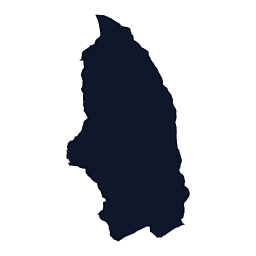 Pesceana, Vâlcea, Romania
{"feature_id": "2599482B54913622805817", "entity_name": "Pesceana", "entity_type": "district", "adm_level": 2, "iso_a3": "ROU", "parent_name": "Romania", "parent_adm1": "Vâlcea", "projection": "robinson", "projection_center": [24.119, 44.892], "detail": "fine", "context": "isolated", "style": "filled", "palette": "ink", "viewbox_px": 256, "rotation_deg": 0, "n_neighbors": 0, "source": "geoboundaries", "source_scale": "gbopen_adm2", "svg_char_len": 5646}
<svg xmlns="http://www.w3.org/2000/svg" viewBox="0 0 256 256"><path d="M183.2,224.2L182.4,223.7L181.7,222.8L181.2,221.9L180.9,220.9L180.3,220.1L180.3,219.2L180.7,218.4L182.2,217.8L182.6,217.2L182.6,216.6L183.0,216.0L183.1,213.9L183.8,212.3L183.8,208.1L183.7,207.4L183.3,206.4L183.1,205.4L183.1,204.8L183.4,203.1L184.0,202.0L186.2,199.7L187.2,197.5L188.5,196.3L188.6,195.9L188.9,194.5L188.9,192.7L187.6,189.0L186.4,188.3L185.4,187.1L183.9,186.2L183.6,185.9L183.6,185.5L183.9,184.2L183.8,183.0L184.1,182.5L184.3,181.9L184.2,180.7L183.7,179.1L183.6,177.9L182.7,175.6L181.6,174.7L180.2,173.8L179.6,173.0L178.6,171.1L178.6,169.8L178.7,169.2L179.4,168.0L180.2,163.6L180.5,162.7L181.1,161.6L181.1,160.7L181.0,159.5L180.7,158.3L180.2,157.7L180.2,156.4L179.8,155.2L179.4,154.3L179.2,153.7L178.9,153.3L178.7,151.1L178.3,150.3L177.6,149.5L176.8,148.0L176.7,145.8L176.7,144.8L176.2,142.3L176.2,140.6L175.8,138.0L175.9,136.5L175.8,135.2L175.9,132.6L176.1,131.7L175.8,130.1L175.9,129.1L175.8,128.2L175.9,127.2L175.5,126.3L175.0,123.9L174.6,122.8L174.7,121.7L175.5,119.1L175.8,116.9L175.7,115.0L175.4,114.0L175.7,111.7L175.7,110.7L175.2,109.3L174.0,107.5L172.9,105.4L172.0,102.4L172.2,99.6L172.1,99.1L171.1,97.1L171.0,96.0L169.8,93.8L168.9,93.1L168.0,91.8L167.6,91.0L166.8,90.3L166.9,88.9L166.6,88.3L165.0,87.6L164.1,86.3L162.2,85.2L162.2,84.1L162.1,83.2L162.2,81.6L161.7,79.2L161.2,78.0L160.1,76.1L159.5,74.6L158.1,72.6L156.9,69.4L154.6,66.6L152.9,63.4L151.4,61.6L149.9,59.2L149.7,58.8L149.7,58.0L148.9,56.9L148.5,56.2L147.8,54.0L147.5,53.1L148.0,52.6L147.8,52.0L146.7,51.0L143.4,49.0L141.8,48.4L140.1,46.4L139.0,44.7L138.6,44.2L137.5,43.4L136.9,43.2L136.0,42.0L135.4,41.6L133.8,41.0L133.5,40.7L132.9,39.4L132.7,36.4L132.1,35.4L130.6,34.0L130.6,32.7L130.1,31.5L129.8,29.6L129.6,29.2L128.2,28.1L125.5,27.5L124.3,27.5L123.1,27.0L121.6,26.9L121.0,26.1L120.2,25.7L119.7,24.8L119.1,24.1L115.8,22.3L114.8,21.5L112.9,20.6L111.5,19.3L109.1,18.3L108.0,17.5L105.4,16.8L104.6,16.2L103.6,15.8L102.2,15.8L101.1,16.1L100.5,15.6L98.9,15.8L98.2,15.7L97.8,15.4L96.4,15.4L96.4,15.5L97.0,16.4L97.8,18.4L98.4,19.4L98.9,20.7L99.2,22.5L99.9,25.9L101.2,33.6L100.8,36.6L96.4,40.3L94.8,44.7L93.6,45.1L92.3,45.8L91.4,46.1L90.9,45.9L90.5,46.0L90.5,47.1L90.4,47.3L89.7,47.6L89.3,48.1L88.2,48.3L87.5,49.2L86.3,49.8L85.4,50.5L83.9,51.5L83.3,52.1L82.8,53.0L82.6,53.8L82.5,55.9L82.2,57.1L82.2,58.7L82.0,59.4L81.5,59.8L82.7,59.7L83.7,59.4L84.0,59.9L84.2,61.2L84.5,62.0L84.2,63.5L84.2,64.1L84.7,66.3L84.6,67.7L84.1,68.7L83.9,69.5L83.4,69.6L83.2,69.9L82.9,70.3L82.9,70.7L82.6,71.1L82.6,71.7L82.5,71.9L82.5,72.5L82.0,73.1L81.9,73.6L82.1,74.1L81.6,75.2L81.9,76.1L82.2,76.5L82.7,76.6L82.8,76.8L82.8,77.2L82.6,77.7L83.0,78.2L82.8,79.0L83.1,79.6L83.3,80.4L83.7,80.9L83.6,81.2L83.3,81.7L83.3,82.2L83.0,82.7L83.4,83.5L83.4,84.0L83.7,84.7L83.8,85.2L83.8,85.4L83.2,85.5L83.0,85.8L82.9,86.0L83.0,87.3L82.0,88.5L81.8,88.9L81.8,89.3L82.3,90.5L82.7,90.9L82.8,91.6L84.6,93.6L84.4,93.9L84.0,94.1L83.8,94.3L83.9,94.6L83.7,95.8L83.7,97.3L83.9,97.6L83.7,99.8L84.2,101.4L84.0,103.1L83.8,104.0L83.9,105.0L84.4,107.0L84.9,108.0L84.4,109.7L84.4,110.7L84.9,111.3L85.7,111.8L85.9,112.1L85.7,112.6L85.7,112.8L87.0,114.2L87.1,115.5L87.5,115.9L88.2,116.0L88.6,116.3L88.8,116.7L88.2,117.4L88.3,117.9L88.6,118.3L88.3,118.8L87.0,119.6L85.1,121.2L84.5,122.1L84.3,122.5L84.2,123.3L83.9,124.2L83.8,125.4L83.0,127.1L82.4,130.0L82.1,131.1L81.6,131.8L80.5,132.5L80.0,133.4L79.2,134.2L79.0,134.5L78.8,135.3L77.3,136.7L76.7,137.1L76.2,137.2L75.3,137.3L75.2,137.4L75.5,138.0L75.4,138.3L75.0,138.7L74.7,139.7L74.5,139.9L73.7,140.2L72.7,141.6L71.6,141.4L70.4,141.4L70.3,141.6L70.1,142.3L69.1,143.1L68.5,143.6L68.4,144.8L67.8,146.1L67.7,147.4L68.1,148.1L68.2,148.6L68.6,149.0L68.5,149.4L68.3,149.9L67.5,150.4L67.3,150.8L67.4,151.5L67.6,152.0L67.7,152.8L67.5,153.5L67.9,153.9L67.9,154.1L67.4,154.4L67.2,154.8L67.1,157.3L67.4,158.1L68.6,158.1L69.1,158.3L69.3,158.8L69.2,159.5L70.6,161.2L70.7,161.5L70.7,162.2L71.0,162.8L70.9,163.0L70.1,163.1L69.3,163.4L69.1,163.7L69.8,164.3L69.9,164.9L72.0,164.8L74.2,165.2L77.6,165.5L78.9,166.0L79.8,166.9L82.2,167.5L82.4,167.8L86.2,168.0L86.3,170.6L86.6,171.0L86.3,171.5L86.2,171.9L86.9,172.7L86.8,173.3L86.8,173.5L87.8,174.1L87.9,174.6L88.4,175.3L90.0,176.7L91.0,177.2L91.5,178.0L92.1,178.7L92.3,179.2L92.7,179.6L94.0,180.5L94.9,181.3L97.4,182.6L97.8,183.1L98.0,184.1L98.2,185.8L98.9,186.8L99.0,187.2L98.8,187.6L98.9,188.0L101.7,191.6L101.7,192.6L102.2,193.4L102.3,194.2L102.6,195.4L102.6,196.0L102.8,196.5L103.0,196.8L105.2,197.7L106.2,199.0L106.7,199.3L108.3,199.6L106.6,200.7L106.6,201.2L106.4,201.7L106.2,201.8L105.0,202.4L103.8,202.7L104.0,203.6L103.7,204.2L103.9,205.0L104.2,205.4L104.2,205.6L104.0,206.4L103.9,206.7L103.8,208.4L103.5,209.8L102.8,210.8L100.9,211.7L100.3,212.1L100.2,212.2L100.3,212.5L100.2,213.0L100.4,213.2L98.7,214.1L99.1,214.4L99.4,214.4L99.7,214.6L99.9,215.2L100.2,215.6L100.0,216.5L100.1,217.0L100.4,217.5L100.5,218.0L101.1,218.7L101.9,219.0L102.8,219.9L104.8,220.3L105.7,221.2L107.2,222.1L108.3,224.0L109.0,224.8L109.2,225.2L109.4,226.2L109.6,229.0L110.6,230.6L110.4,231.4L110.7,232.8L110.6,233.6L110.5,235.0L110.9,235.7L112.5,236.7L113.9,238.6L114.4,238.9L115.8,239.3L118.4,240.6L120.0,239.4L124.5,236.4L129.0,234.5L133.0,232.9L135.4,231.5L136.5,230.6L140.8,228.6L142.5,227.7L147.4,225.4L148.1,225.9L150.3,225.4L150.6,228.2L150.7,231.2L151.7,231.7L152.8,232.5L153.2,232.6L154.3,234.2L154.8,234.5L155.7,234.8L157.1,236.8L161.9,236.5L162.1,235.8L162.7,235.1L162.2,235.2L162.3,234.2L162.6,234.2L163.0,234.1L163.7,234.6L164.2,234.2L164.7,234.7L165.8,233.6L175.2,227.2L178.3,226.5L178.7,226.3L179.6,225.3L183.2,224.2Z" fill="#0f172a" stroke="#020617" stroke-width="1.5"/></svg>